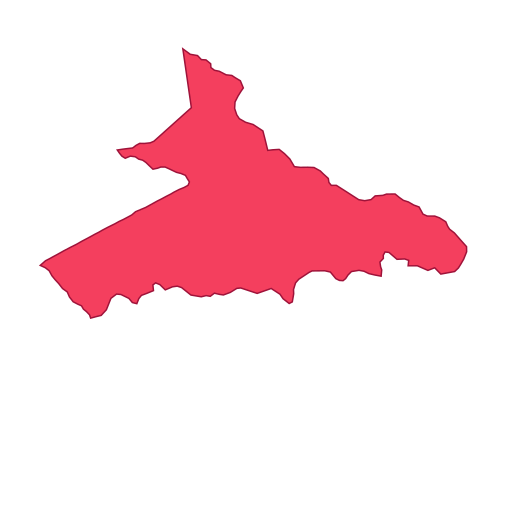 the district of Augustinópolis, Tocantins, Brazil, rotated 302°
{"feature_id": "56859067B65363701866264", "entity_name": "Augustinópolis", "entity_type": "district", "adm_level": 2, "iso_a3": "BRA", "parent_name": "Brazil", "parent_adm1": "Tocantins", "projection": "robinson", "projection_center": [-47.935, -5.523], "detail": "fine", "context": "isolated", "style": "filled", "palette": "rose", "viewbox_px": 512, "rotation_deg": 302, "n_neighbors": 0, "source": "geoboundaries", "source_scale": "gbopen_adm2", "svg_char_len": 2751}
<svg xmlns="http://www.w3.org/2000/svg" viewBox="0 0 512 512"><g transform="rotate(302 256 256)"><path d="M380.7,412.0L381.3,406.0L382.8,402.8L385.6,398.8L385.6,391.4L384.6,386.5L380.6,380.0L380.0,375.4L384.0,368.3L382.8,362.7L382.6,356.6L381.3,351.5L381.6,346.5L382.3,341.1L377.6,333.8L374.7,331.5L370.1,325.2L364.8,323.7L360.5,318.9L358.2,313.3L358.4,298.3L358.5,286.7L355.8,282.4L357.0,278.9L360.1,276.2L361.3,269.5L362.2,265.5L361.8,258.3L358.6,252.7L354.6,246.5L352.1,241.2L356.2,233.3L357.9,225.9L358.7,219.2L355.0,214.0L351.8,210.0L359.6,202.0L365.7,195.6L366.0,183.9L363.9,176.3L363.6,169.1L365.5,164.9L369.8,159.7L375.5,156.6L382.1,156.0L387.8,156.0L391.8,156.2L396.3,149.9L396.2,144.0L396.3,139.8L393.8,134.6L393.2,126.9L391.5,122.4L391.9,117.9L395.0,115.7L395.8,109.7L393.6,105.6L395.0,100.2L392.2,93.3L392.9,84.2L347.5,122.6L343.8,121.5L299.2,108.6L295.9,106.3L292.3,101.7L289.9,97.7L286.4,95.7L282.2,94.1L279.1,90.2L276.0,86.4L272.4,82.2L270.8,85.9L269.6,89.4L269.6,93.3L274.1,96.5L276.2,101.1L276.0,105.2L277.2,109.1L277.0,113.1L276.0,117.7L275.0,122.6L278.4,126.1L281.0,128.1L283.3,131.8L283.9,136.2L284.3,139.9L284.8,144.2L286.2,148.6L287.0,153.4L285.2,156.8L283.5,160.3L279.9,160.9L276.0,158.7L271.7,155.6L266.7,152.6L263.4,150.9L258.9,148.2L254.3,145.6L250.4,143.2L238.7,136.7L229.8,130.4L225.0,128.9L221.3,126.8L216.8,124.2L212.8,121.6L208.6,119.3L205.7,117.5L201.8,115.1L196.5,112.0L192.9,110.1L188.9,107.7L186.0,106.1L180.9,103.2L176.1,100.4L170.7,97.5L165.3,94.2L158.8,90.4L151.7,86.5L147.7,84.2L144.6,82.5L140.4,80.0L133.7,78.0L134.4,83.5L133.9,88.4L131.1,93.4L129.5,98.1L128.1,103.2L125.9,109.2L125.5,115.0L122.4,119.5L120.3,125.2L120.7,130.3L121.3,134.4L119.5,137.8L119.0,141.7L117.9,146.0L115.7,148.7L119.9,152.6L123.6,156.2L126.9,156.8L131.1,157.6L143.2,155.4L149.8,157.9L151.8,161.9L152.7,170.7L151.0,175.8L152.4,180.2L157.8,179.2L161.9,179.7L166.6,183.3L172.3,187.4L176.8,183.9L180.0,185.1L180.8,189.6L179.2,197.0L185.6,201.5L188.7,205.2L189.8,209.6L188.4,221.5L192.4,231.2L196.0,234.7L197.6,238.6L202.4,240.4L204.2,245.6L205.7,249.0L211.5,253.5L218.4,256.9L220.8,260.0L224.9,276.8L236.5,286.1L236.3,296.6L234.1,301.6L233.3,309.3L236.3,311.1L243.9,308.0L247.4,305.6L251.1,304.6L254.2,303.8L259.0,304.6L270.2,309.7L273.1,311.5L279.9,322.1L281.8,327.6L279.1,335.7L279.5,339.7L281.2,342.9L284.3,344.0L288.6,344.1L293.4,345.2L298.4,350.9L300.3,355.6L300.9,361.1L302.8,366.7L305.2,372.8L310.8,370.0L312.9,367.4L316.5,364.3L321.4,365.3L324.1,363.5L327.8,363.3L329.5,366.9L327.9,377.3L332.3,383.7L333.2,387.8L328.3,390.2L333.2,398.0L334.9,409.4L340.7,413.8L338.6,422.3L348.1,432.7L353.1,434.0L357.7,434.0L363.4,433.8L371.2,432.4L375.5,429.6L378.0,421.0L380.7,412.0Z" fill="#f43f5e" stroke="#9f1239" stroke-width="1.5"/></g></svg>